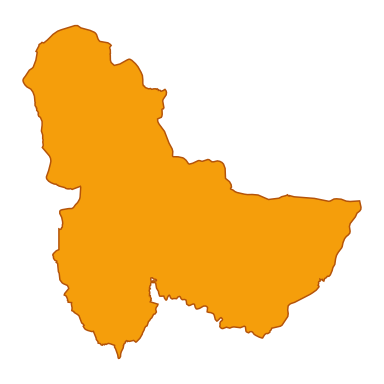 Nikhom Kham Soi, Mukdahan, Thailand, rotated 180°
{"feature_id": "78962969B97747212455543", "entity_name": "Nikhom Kham Soi", "entity_type": "district", "adm_level": 2, "iso_a3": "THA", "parent_name": "Thailand", "parent_adm1": "Mukdahan", "projection": "albers", "projection_center": [104.552, 16.34], "detail": "fine", "context": "isolated", "style": "filled", "palette": "amber", "viewbox_px": 384, "rotation_deg": 180, "n_neighbors": 0, "source": "geoboundaries", "source_scale": "gbopen_adm2", "svg_char_len": 5898}
<svg xmlns="http://www.w3.org/2000/svg" viewBox="0 0 384 384"><g transform="rotate(180 192 192)"><path d="M349.0,281.8L348.7,281.4L349.0,280.6L348.9,278.3L348.0,277.2L347.8,276.1L347.3,275.9L347.3,273.6L346.3,272.6L345.5,270.9L345.9,270.1L345.7,268.9L345.2,267.7L343.6,266.6L341.9,262.5L341.9,258.8L342.6,253.0L341.3,249.0L341.3,245.3L340.9,244.1L341.2,242.0L340.8,239.3L340.8,238.3L341.7,236.5L334.6,228.1L333.5,225.8L333.1,222.9L333.6,220.2L335.4,213.3L337.6,207.1L337.5,205.8L337.0,204.7L335.3,202.8L333.0,201.3L329.9,200.0L327.5,199.7L326.6,198.7L325.9,198.7L325.1,198.0L319.2,196.4L318.0,195.5L316.2,195.1L315.7,195.3L315.1,195.0L313.5,195.4L311.8,194.6L303.6,197.7L303.3,196.8L303.9,186.9L304.4,184.9L306.4,181.4L308.5,179.3L310.5,176.5L312.0,175.5L315.5,175.4L321.9,174.3L323.5,173.7L324.2,172.8L324.2,170.5L322.3,166.6L321.4,162.2L321.3,160.0L321.6,159.5L321.7,156.9L322.4,156.3L322.7,155.1L324.0,154.6L325.1,155.1L325.1,134.4L327.7,133.2L330.4,130.6L330.8,129.6L331.1,129.6L331.1,128.5L330.5,127.3L330.6,126.3L330.3,125.4L329.1,123.7L327.3,123.0L327.2,122.6L327.8,121.6L326.4,120.6L325.6,112.3L324.8,110.7L324.1,104.2L321.9,101.2L320.6,100.3L316.7,98.6L315.8,97.1L315.3,95.4L319.3,90.5L319.8,89.0L318.1,88.2L317.3,86.9L316.4,84.7L316.5,83.5L316.0,83.1L315.9,81.8L312.4,81.4L312.6,79.7L311.9,76.1L312.2,73.4L310.1,72.4L309.9,71.6L306.5,69.5L305.0,68.2L302.3,61.0L301.5,60.6L299.9,58.7L300.8,57.8L299.3,55.3L298.3,54.5L296.4,53.6L292.1,52.4L290.6,52.7L287.9,46.0L287.7,44.5L286.0,42.3L285.9,40.9L283.7,40.4L282.8,39.1L281.7,38.8L281.1,39.7L279.6,39.2L278.9,40.0L277.9,39.6L275.7,40.6L273.7,40.2L269.4,38.6L269.5,37.0L268.4,35.1L266.3,29.2L265.8,26.1L265.4,25.6L264.5,25.8L263.5,27.4L263.3,30.2L262.7,32.3L260.9,35.9L260.5,37.8L260.7,38.3L260.3,38.7L260.2,39.7L258.6,41.3L258.6,42.3L257.4,43.4L256.8,43.1L256.6,42.5L255.9,42.9L254.6,42.6L250.3,43.6L248.2,41.9L247.6,42.1L244.1,45.7L241.7,49.9L241.6,50.8L239.9,54.0L239.3,56.0L238.3,57.5L236.9,58.2L235.5,62.5L234.5,63.3L233.4,65.2L232.2,66.2L230.8,69.0L230.1,69.8L228.9,70.1L227.6,72.0L228.3,74.8L227.7,76.7L226.5,78.2L226.0,79.8L233.8,82.2L233.2,83.4L233.2,83.9L232.8,84.0L233.1,84.7L232.8,85.5L233.6,86.9L233.7,88.4L234.5,88.4L234.3,88.9L234.6,90.1L234.2,90.7L234.3,92.1L234.8,93.1L234.5,94.7L233.7,95.2L234.1,96.0L234.5,96.1L234.4,96.7L234.0,98.2L233.4,98.7L233.3,100.6L232.6,101.7L233.3,105.0L233.2,105.9L232.9,106.1L231.6,106.2L230.4,105.0L228.2,104.6L227.6,104.1L227.6,103.4L228.1,103.0L231.1,103.2L231.7,102.4L231.8,101.6L231.1,101.3L229.7,101.6L228.3,100.8L227.5,95.9L225.5,92.5L225.4,91.2L224.4,88.0L223.6,87.8L220.2,87.9L219.5,85.9L218.3,84.1L217.6,84.0L217.1,84.6L216.5,86.6L215.5,88.3L214.8,88.8L214.3,88.4L213.4,86.1L211.8,85.0L210.1,85.5L207.4,85.3L206.1,87.0L204.6,87.6L203.9,87.3L202.8,85.2L201.7,84.3L199.3,84.5L197.9,83.8L197.3,79.9L195.2,78.4L194.1,78.6L191.3,79.9L190.4,80.0L189.6,79.7L188.7,76.6L187.7,75.1L186.8,75.0L184.5,75.6L180.5,77.9L178.3,78.0L177.0,77.2L176.4,76.3L176.9,72.2L175.7,71.7L172.9,71.3L170.6,70.2L169.8,68.8L168.7,64.5L167.2,62.9L166.6,63.1L163.4,66.3L162.8,66.3L161.8,65.3L161.5,64.6L161.8,63.7L163.5,62.3L164.1,60.8L163.9,59.6L164.2,57.4L163.5,56.4L162.4,55.6L161.2,55.4L157.6,56.8L154.2,55.9L152.0,56.8L150.1,57.1L143.7,56.3L139.8,57.8L138.6,57.2L138.1,53.2L137.8,52.4L136.8,51.7L135.3,51.2L134.0,52.3L132.4,52.4L131.4,51.8L129.9,49.7L128.2,48.6L124.8,46.9L122.1,46.0L121.4,46.0L119.6,49.0L118.5,50.1L117.6,50.5L116.3,50.4L114.2,51.7L114.0,53.1L112.9,54.1L112.2,55.8L103.6,57.8L102.0,58.8L96.2,67.5L95.8,70.4L96.3,74.1L96.0,77.0L95.8,78.2L94.2,79.8L92.9,80.5L89.3,81.7L74.0,89.6L71.6,91.1L67.8,93.8L65.2,96.9L65.0,97.8L65.9,98.6L65.3,100.4L65.5,101.6L65.2,102.3L63.9,102.9L64.0,104.8L62.9,104.1L62.2,104.6L61.5,104.6L61.3,103.5L60.2,102.9L59.3,105.5L57.9,106.2L56.6,107.7L55.1,107.7L53.7,109.1L51.9,113.3L51.1,116.4L49.2,119.6L48.4,125.3L47.5,128.6L45.8,131.6L42.4,136.1L41.8,137.4L41.0,141.3L39.4,145.3L37.7,147.5L35.8,149.0L34.2,150.9L33.9,152.8L34.6,157.5L33.8,160.5L28.6,167.2L27.0,170.8L24.3,173.0L23.2,174.6L23.0,176.7L24.4,183.1L33.8,182.5L37.8,182.9L42.8,184.8L47.4,185.2L50.0,185.0L53.7,183.0L55.2,182.7L69.6,185.6L89.8,187.2L94.5,188.4L94.8,187.9L95.8,188.3L96.4,189.2L98.3,188.3L102.3,187.3L105.0,185.8L115.5,184.5L125.9,189.0L131.8,189.5L136.5,189.4L139.5,189.8L147.0,191.5L149.2,192.5L150.9,193.9L153.4,195.0L153.4,195.8L152.5,196.9L152.9,199.4L154.5,202.3L158.5,205.6L158.9,215.6L160.5,219.9L162.0,221.5L164.1,222.6L166.6,223.1L170.4,222.2L172.1,222.2L174.9,224.3L176.2,224.5L181.6,222.7L182.6,222.8L184.2,223.4L185.7,223.4L191.2,220.8L194.6,219.9L195.6,220.4L197.9,223.7L200.0,225.5L201.2,226.2L205.9,227.2L210.7,227.3L211.2,227.6L211.5,228.2L211.2,232.5L211.9,235.2L215.0,240.9L219.5,252.6L224.8,259.7L225.9,261.7L226.3,262.9L226.4,265.1L222.7,266.7L222.1,267.9L221.8,269.8L222.0,274.6L221.5,275.1L220.6,275.2L220.1,276.3L221.3,283.0L220.9,284.6L217.8,289.2L217.5,291.7L218.0,293.3L219.0,294.6L219.7,294.4L220.2,293.7L223.0,292.7L223.9,293.7L225.6,293.6L225.6,294.3L226.9,295.2L227.6,294.7L228.2,295.2L230.2,295.2L232.3,294.7L233.5,295.5L235.4,295.2L238.8,296.5L239.5,297.8L240.5,298.2L240.8,298.7L241.2,300.7L241.2,304.3L241.6,308.5L242.9,311.6L246.0,317.2L248.5,320.3L252.2,323.7L254.0,324.7L255.0,324.8L256.6,324.2L264.1,320.0L269.7,318.6L272.9,321.5L273.6,323.8L273.7,328.8L274.0,330.0L273.6,330.3L273.7,334.3L274.3,335.7L274.3,336.6L272.8,338.6L273.8,339.7L276.1,341.2L284.1,342.6L285.1,343.6L286.0,345.1L287.5,349.5L288.6,350.9L289.6,351.7L293.9,353.6L303.1,356.1L306.4,358.4L309.2,358.4L322.8,354.2L326.4,352.8L331.0,349.6L336.6,344.0L340.2,341.1L342.1,341.6L342.8,340.8L344.9,339.5L345.2,337.9L348.0,332.6L346.8,331.8L347.0,330.3L348.1,323.9L350.7,317.0L351.5,316.0L354.7,313.8L358.5,308.0L360.2,305.8L360.8,304.7L361.0,303.2L360.5,301.6L359.1,299.2L357.2,297.2L353.2,294.9L351.1,292.0L349.6,287.9L349.0,281.8Z" fill="#f59e0b" stroke="#b45309" stroke-width="1.5"/></g></svg>